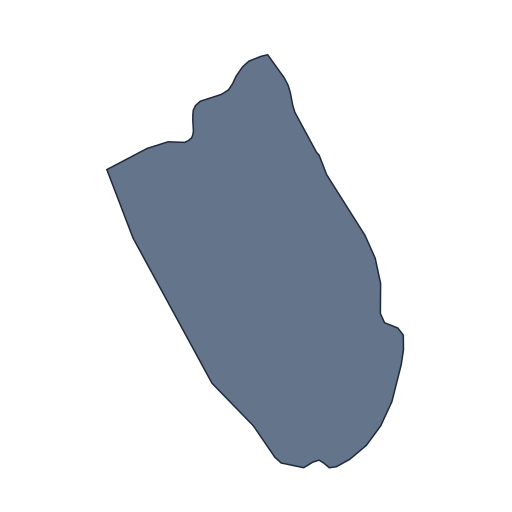 map outline of Trà Vinh (Equal Earth projection), rotated 10°
{"feature_id": "VNM-509", "entity_name": "Trà Vinh", "entity_type": "Province", "adm_level": 1, "iso_a3": "VNM", "parent_name": "Vietnam", "parent_adm1": "", "projection": "equal_earth", "projection_center": [106.315, 9.809], "detail": "fine", "context": "isolated", "style": "filled", "palette": "slate", "viewbox_px": 512, "rotation_deg": 10, "n_neighbors": 0, "source": "natural_earth", "source_scale": "10m", "svg_char_len": 817}
<svg xmlns="http://www.w3.org/2000/svg" viewBox="0 0 512 512"><g transform="rotate(10 256 256)"><path d="M232.6,55.8L253.0,75.8L257.9,82.2L261.3,88.8L266.0,101.2L269.3,107.7L297.6,143.4L300.7,145.8L311.6,163.8L359.8,216.8L373.8,237.5L383.5,261.5L388.5,291.1L394.2,299.4L408.2,302.3L414.8,308.4L417.5,322.4L417.9,337.8L415.1,375.9L408.3,401.6L397.5,423.4L383.6,440.0L371.7,449.6L364.9,451.8L358.6,448.1L353.5,446.1L347.7,449.2L339.7,456.2L316.8,455.5L309.5,450.9L282.9,423.7L234.8,389.0L131.8,259.7L94.1,196.8L94.2,196.7L130.3,168.8L149.6,158.8L166.0,156.5L169.5,154.0L172.1,150.7L172.8,147.3L172.6,143.5L170.2,133.3L169.3,127.9L168.9,123.3L170.3,118.3L174.3,113.2L194.1,102.7L200.0,97.2L203.0,90.5L205.1,82.5L210.0,71.9L215.3,65.2L226.6,58.3L232.6,55.8Z" fill="#64748b" stroke="#1e293b" stroke-width="1.5"/></g></svg>